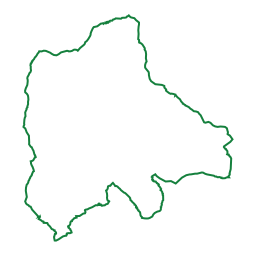 Bruiu, Sibiu, Romania
{"feature_id": "2599482B45043603267920", "entity_name": "Bruiu", "entity_type": "district", "adm_level": 2, "iso_a3": "ROU", "parent_name": "Romania", "parent_adm1": "Sibiu", "projection": "equal_earth", "projection_center": [24.694, 45.868], "detail": "fine", "context": "isolated", "style": "outline", "palette": "green", "viewbox_px": 256, "rotation_deg": 0, "n_neighbors": 0, "source": "geoboundaries", "source_scale": "gbopen_adm2", "svg_char_len": 5775}
<svg xmlns="http://www.w3.org/2000/svg" viewBox="0 0 256 256"><path d="M141.9,217.9L144.8,218.4L146.9,218.5L148.3,218.4L149.8,217.9L152.3,216.5L153.3,214.5L154.7,213.0L157.3,211.6L159.4,211.1L160.2,210.6L160.8,209.7L160.9,207.9L161.1,207.6L160.9,207.2L161.1,207.1L161.6,205.2L161.9,204.8L161.6,203.6L162.2,202.5L162.5,200.9L163.2,200.2L163.1,195.3L162.7,195.1L162.6,194.6L162.9,193.6L162.2,192.9L162.3,192.2L162.0,191.7L161.2,190.5L160.6,190.1L161.0,189.6L161.1,189.1L160.7,188.9L160.7,188.3L159.8,186.9L158.5,185.6L158.8,184.8L158.4,184.6L158.4,184.0L157.3,183.5L157.2,183.1L156.7,183.0L155.7,181.5L154.9,181.6L154.1,181.2L153.6,181.3L153.1,180.9L153.4,180.6L153.3,180.3L152.8,180.5L152.1,179.6L152.6,177.7L151.8,177.0L152.3,176.5L152.3,176.1L155.0,174.5L155.3,174.3L156.7,176.1L159.7,178.3L165.6,181.5L171.0,181.1L175.7,183.5L182.0,177.6L186.3,175.2L189.8,174.4L190.9,174.4L194.9,173.7L197.0,173.7L201.8,172.5L203.0,172.6L205.2,173.8L207.0,174.4L213.9,175.7L215.0,176.5L216.3,176.5L217.4,177.2L218.7,177.2L219.1,177.0L220.3,177.3L220.6,177.6L221.2,177.6L221.1,177.9L221.6,178.1L222.5,178.3L225.0,178.2L226.7,177.4L227.8,177.3L228.0,177.0L228.4,177.3L228.9,177.3L228.3,176.5L229.5,175.1L229.8,174.1L229.5,173.8L229.6,173.2L230.7,169.1L231.2,158.5L230.4,156.9L229.7,156.5L229.6,156.0L229.0,155.5L228.8,154.7L227.9,154.7L227.1,154.3L227.5,153.5L227.4,151.2L226.4,149.8L225.9,149.5L225.9,149.1L225.5,149.1L224.1,147.4L224.2,147.0L223.9,146.8L224.0,146.4L230.3,141.9L232.5,139.3L229.9,135.6L227.6,134.2L227.6,133.7L227.9,132.9L227.9,131.9L227.5,130.8L226.9,128.3L225.2,127.0L224.3,126.8L220.5,126.5L217.6,126.9L215.1,126.4L212.9,125.3L210.5,122.8L208.4,121.9L205.4,122.7L204.1,122.3L200.7,115.3L199.1,113.7L198.1,112.2L196.1,111.5L193.8,111.2L191.9,109.6L190.4,108.7L188.8,107.1L186.0,105.7L185.5,105.6L185.2,105.0L184.6,104.8L183.3,103.7L182.8,103.7L182.7,103.1L181.1,101.4L180.0,99.3L177.5,97.3L175.5,95.0L175.3,95.2L175.4,94.6L173.1,93.9L171.2,93.6L170.7,93.8L169.3,93.2L166.5,91.1L166.0,90.6L166.2,89.6L166.0,89.3L164.4,87.6L164.3,85.9L161.8,84.9L155.3,84.2L151.1,81.2L149.7,78.8L148.9,75.0L148.9,73.5L148.6,72.0L145.5,68.2L145.1,67.3L145.1,65.1L145.3,64.3L145.9,62.5L146.6,61.6L145.9,58.3L146.1,54.2L145.7,51.3L144.6,49.6L144.8,49.0L144.7,48.1L142.4,44.5L141.0,43.3L139.2,42.6L139.0,42.0L139.3,41.3L139.1,41.0L139.0,39.9L138.2,39.2L138.6,34.0L138.3,30.3L138.6,26.6L139.0,24.4L139.0,22.5L136.0,20.1L134.4,18.2L131.0,17.4L130.1,16.8L128.8,15.4L127.9,16.2L127.1,16.4L126.3,17.4L125.0,17.7L122.1,17.8L121.0,18.7L115.7,18.4L114.7,19.1L113.0,19.6L112.3,20.6L110.2,20.7L109.0,21.6L108.3,21.7L108.6,21.9L108.2,22.0L108.3,22.4L107.9,22.8L106.9,22.7L107.1,22.9L106.5,23.0L106.1,23.4L104.3,23.3L104.0,23.1L103.0,23.3L103.0,23.5L102.7,23.3L101.4,23.6L100.9,23.9L101.0,24.1L100.6,23.8L97.3,26.3L93.7,27.1L92.8,28.4L91.3,31.6L90.6,33.7L90.6,34.7L90.1,36.0L88.1,39.3L86.7,41.1L85.2,42.2L84.8,43.7L84.3,44.5L80.1,48.0L77.8,50.7L76.8,49.9L74.9,49.6L73.8,49.8L72.0,50.9L70.4,51.3L68.8,51.4L68.1,51.0L67.0,50.8L61.0,52.4L58.7,54.2L56.5,55.3L53.9,55.0L51.5,53.7L50.4,52.8L45.9,50.9L43.8,50.7L41.6,51.4L39.2,51.3L38.7,52.5L37.6,53.6L37.1,54.7L35.8,56.6L34.9,57.4L33.9,59.3L32.3,60.8L32.2,61.0L32.7,60.8L30.8,64.3L30.6,64.2L30.4,65.3L30.8,66.7L30.7,68.2L31.0,70.6L30.3,72.4L29.5,73.0L28.6,75.2L27.5,77.1L27.3,78.4L27.7,79.9L27.7,81.6L27.3,85.0L25.8,88.3L25.1,90.6L25.2,92.3L26.9,93.8L27.9,95.4L28.2,97.0L28.4,99.6L28.0,102.0L28.1,104.1L27.3,106.6L27.5,107.2L26.5,108.5L26.6,109.4L25.9,110.7L25.2,112.5L25.5,116.3L24.8,117.7L24.4,119.6L24.1,123.5L24.3,124.7L23.6,126.2L23.5,127.0L25.3,128.5L26.7,132.3L28.9,135.7L29.2,142.4L29.1,144.3L30.8,146.8L31.7,147.2L32.8,149.7L33.4,150.5L34.4,154.3L35.0,155.1L34.9,155.7L35.5,156.2L35.7,157.2L34.7,157.7L33.3,160.2L32.2,160.9L30.7,161.3L31.0,162.5L31.0,163.5L31.8,165.6L32.4,166.5L33.5,169.4L33.9,171.2L33.0,171.8L31.8,174.6L31.9,174.8L31.6,175.5L30.2,177.3L30.1,178.0L29.4,179.2L29.2,180.0L28.5,181.0L28.2,182.6L27.6,183.7L26.7,184.7L26.0,187.7L25.8,190.8L26.8,197.0L25.2,201.4L26.0,203.4L26.9,204.4L28.6,205.3L29.3,206.3L30.7,206.7L32.0,209.5L38.3,216.5L38.5,216.3L38.4,216.6L39.0,216.8L38.7,217.1L39.6,216.9L39.9,216.5L40.0,216.9L39.8,217.1L39.1,217.5L38.5,217.4L39.5,219.1L39.2,219.3L40.8,220.1L42.5,221.5L43.3,221.5L43.4,222.0L44.8,222.8L44.7,222.9L47.2,223.0L47.6,223.4L47.9,224.5L50.0,226.5L51.7,229.0L53.5,229.7L53.9,230.4L54.6,230.4L54.6,230.9L56.0,232.4L56.1,233.5L55.8,233.9L54.9,234.0L54.4,236.1L54.1,236.6L54.1,237.7L54.7,240.5L56.0,240.6L58.5,239.4L63.0,236.4L65.1,235.8L66.3,235.7L67.1,234.0L66.7,233.8L66.8,233.5L68.2,233.1L70.0,233.2L71.6,232.5L71.2,231.0L70.5,230.2L70.4,229.3L68.5,227.7L68.3,227.2L68.6,227.0L68.1,226.3L68.2,226.1L69.3,225.6L69.9,224.9L70.3,223.9L70.4,222.3L70.9,221.4L72.0,221.2L72.3,220.0L73.2,219.4L74.2,218.2L76.6,217.6L76.1,216.1L79.6,216.0L83.2,213.6L85.0,213.3L85.5,212.1L84.9,210.3L85.0,210.0L86.1,209.5L87.4,209.4L88.9,208.5L92.2,207.2L95.7,205.2L97.6,205.3L98.2,204.9L98.4,203.9L99.0,203.5L99.3,203.6L99.2,204.0L98.6,204.5L99.0,205.0L100.9,205.0L101.1,204.7L101.7,205.3L101.7,205.7L102.0,205.8L102.6,205.5L104.8,205.3L105.8,204.4L107.7,203.8L109.2,201.3L108.7,200.9L107.9,200.7L107.3,199.7L107.0,197.6L107.2,196.0L107.0,193.6L106.1,190.5L107.1,189.8L107.7,188.6L108.0,186.4L109.5,185.7L110.3,185.8L111.8,183.9L112.9,182.9L114.5,184.9L115.2,186.1L116.3,186.0L117.5,186.6L118.7,187.9L119.9,188.8L120.9,190.1L124.0,192.6L124.9,192.9L125.8,193.6L129.5,197.2L130.2,198.2L130.1,198.7L130.5,199.6L130.5,200.2L131.6,201.0L132.1,201.8L134.4,203.9L134.5,204.6L134.9,204.6L136.0,205.8L136.0,206.7L136.6,207.0L136.6,207.3L137.0,207.8L136.5,208.0L137.2,208.7L138.1,210.3L138.5,210.3L138.7,211.0L139.8,211.9L140.2,212.9L140.5,215.2L140.9,216.1L141.9,217.0L141.9,217.9Z" fill="none" stroke="#15803d" stroke-width="2"/></svg>